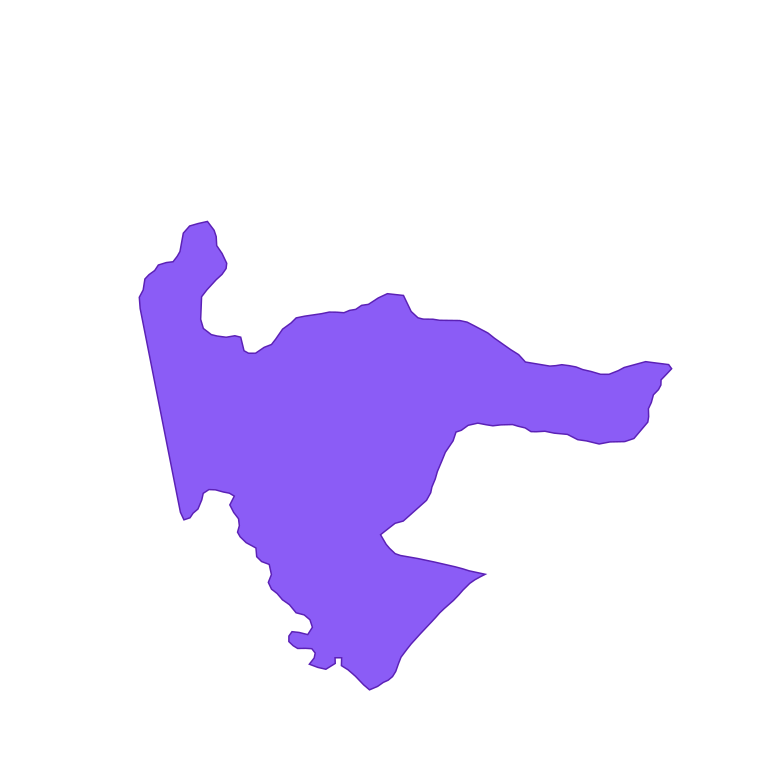 outline of Governador Luiz Rocha, Maranhão, Brazil, rotated 234°
{"feature_id": "56859067B14597495707649", "entity_name": "Governador Luiz Rocha", "entity_type": "district", "adm_level": 2, "iso_a3": "BRA", "parent_name": "Brazil", "parent_adm1": "Maranhão", "projection": "orthographic", "projection_center": [-44.107, -5.572], "detail": "fine", "context": "isolated", "style": "filled", "palette": "violet", "viewbox_px": 768, "rotation_deg": 234, "n_neighbors": 0, "source": "geoboundaries", "source_scale": "gbopen_adm2", "svg_char_len": 2691}
<svg xmlns="http://www.w3.org/2000/svg" viewBox="0 0 768 768"><g transform="rotate(234 384 384)"><path d="M598.0,237.0L588.4,231.1L399.9,143.9L391.7,142.3L389.8,148.4L391.7,153.6L392.2,160.0L397.4,168.5L401.8,173.5L401.5,180.3L397.4,185.5L391.1,190.5L386.6,194.7L381.3,197.0L376.8,188.2L368.4,186.9L360.5,187.1L354.4,183.7L350.2,178.4L344.9,177.8L336.7,179.2L326.6,184.0L319.1,179.5L312.3,180.6L305.5,185.1L296.0,180.9L291.5,173.8L284.2,172.4L277.3,174.4L269.1,175.0L261.0,177.8L250.6,178.4L244.1,183.7L236.8,185.5L229.3,183.1L226.1,175.0L232.9,169.3L237.7,164.0L236.0,158.9L231.5,155.6L225.6,156.7L220.8,158.7L216.3,165.1L212.3,170.0L206.8,170.2L203.4,166.5L201.2,158.9L193.6,163.9L187.4,169.3L186.6,180.3L191.3,183.5L187.4,188.8L181.2,184.0L174.0,186.9L164.4,189.1L152.6,190.7L145.1,192.5L143.1,201.2L143.0,208.0L141.9,213.3L142.3,219.0L144.6,224.6L149.3,231.4L153.0,237.2L155.9,246.6L157.7,253.0L160.4,265.8L164.7,288.3L166.1,294.5L166.9,300.5L168.1,313.1L169.5,320.8L170.8,326.4L172.3,336.2L172.2,342.4L171.5,348.1L170.6,354.0L178.2,347.2L182.9,343.0L188.3,339.0L194.1,334.3L210.4,320.1L222.9,308.8L235.6,296.5L240.2,293.3L247.8,291.9L253.0,291.5L264.1,292.6L264.6,305.0L264.8,311.1L261.8,319.0L263.4,335.1L264.9,350.0L268.6,357.9L272.5,362.2L277.0,369.6L281.8,375.7L287.9,385.8L292.7,393.5L297.4,406.5L302.8,414.0L301.1,419.4L301.1,427.8L297.2,436.9L291.0,442.7L286.2,447.5L282.2,454.6L275.6,464.2L271.1,467.6L265.5,472.4L259.1,474.9L255.9,479.1L251.2,486.4L244.1,492.9L235.4,502.8L225.1,508.0L218.9,514.4L209.0,522.8L204.3,532.8L195.9,544.9L193.0,554.2L198.1,575.0L202.0,578.9L208.6,583.4L211.9,589.4L216.9,595.6L218.1,602.7L220.4,607.4L224.5,610.6L225.9,618.5L227.3,625.7L232.4,625.7L241.6,615.9L248.3,608.8L256.2,588.0L257.1,581.4L259.6,571.7L264.6,564.9L272.4,558.9L278.8,553.3L284.9,549.4L290.1,544.5L295.1,539.2L297.8,533.9L301.0,528.7L318.7,511.3L328.6,510.2L337.3,506.7L356.0,500.3L364.0,498.1L378.5,491.0L385.2,487.6L390.8,482.6L402.9,466.4L407.6,461.7L413.5,453.8L417.6,450.4L426.7,448.6L444.2,451.8L455.1,439.8L457.0,429.9L457.6,418.2L460.8,412.1L461.0,405.0L463.8,399.4L465.2,393.5L470.0,387.8L474.4,381.9L477.6,374.8L485.5,359.7L489.1,351.8L488.0,344.7L488.0,334.2L484.0,322.8L482.1,316.2L484.1,308.6L484.4,298.2L488.5,292.5L493.2,290.3L506.1,295.6L510.7,291.7L514.6,283.8L521.0,277.1L525.5,273.3L535.1,270.5L544.1,273.7L561.8,287.7L564.3,296.2L567.0,309.5L567.9,317.4L570.2,324.1L574.1,327.7L584.7,329.7L594.3,330.0L601.9,334.9L608.2,336.9L619.3,336.7L623.1,327.9L626.1,319.6L624.0,310.3L611.1,296.8L608.9,291.9L606.9,285.2L610.2,279.3L612.9,271.4L610.6,265.2L610.6,258.2L609.5,252.3L601.6,244.4L598.0,237.0Z" fill="#8b5cf6" stroke="#5b21b6" stroke-width="1.5"/></g></svg>